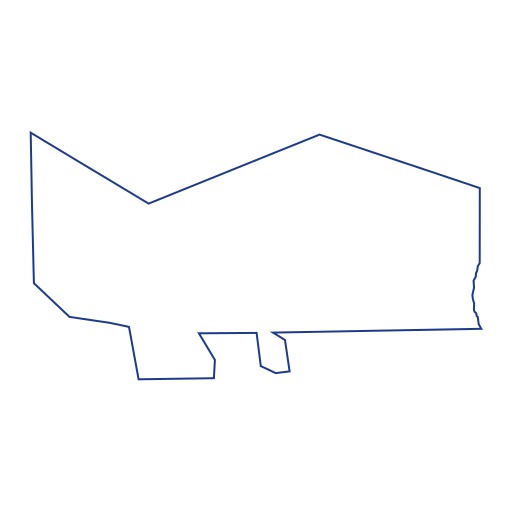 Mendi/Munihu District, Southern Highlands, Papua New Guinea
{"feature_id": "67681753B89276068446522", "entity_name": "Mendi/Munihu District", "entity_type": "district", "adm_level": 2, "iso_a3": "PNG", "parent_name": "Papua New Guinea", "parent_adm1": "Southern Highlands", "projection": "orthographic", "projection_center": [143.709, -6.035], "detail": "fine", "context": "isolated", "style": "outline", "palette": "blue", "viewbox_px": 512, "rotation_deg": 0, "n_neighbors": 0, "source": "geoboundaries", "source_scale": "gbopen_adm2", "svg_char_len": 625}
<svg xmlns="http://www.w3.org/2000/svg" viewBox="0 0 512 512"><path d="M479.7,263.1L479.8,188.1L425.3,169.8L319.5,134.6L274.8,152.6L182.2,190.0L148.6,203.6L81.0,163.0L30.7,132.7L32.0,205.1L33.9,283.2L69.5,316.9L94.6,320.6L109.7,322.8L129.0,326.9L138.6,379.3L213.9,378.2L214.9,359.9L198.9,333.3L256.6,332.9L260.8,366.1L275.7,373.1L289.6,371.4L285.0,340.0L273.0,332.6L481.3,328.8L478.7,324.2L477.8,317.0L476.8,316.3L476.1,313.1L474.4,311.6L473.9,309.0L474.2,303.7L472.9,299.2L472.4,295.0L474.0,287.8L473.6,280.5L475.8,276.6L476.0,273.2L477.1,270.9L477.9,266.0L479.7,263.1Z" fill="none" stroke="#1e3a8a" stroke-width="2"/></svg>